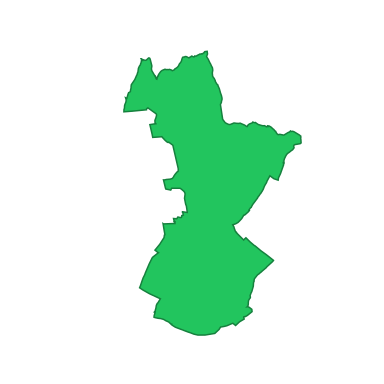 outline of Secuieni, Bacau, Romania, rotated 214°
{"feature_id": "2599482B43684925441609", "entity_name": "Secuieni", "entity_type": "district", "adm_level": 2, "iso_a3": "ROU", "parent_name": "Romania", "parent_adm1": "Bacau", "projection": "robinson", "projection_center": [27.105, 46.648], "detail": "fine", "context": "isolated", "style": "filled", "palette": "green", "viewbox_px": 384, "rotation_deg": 214, "n_neighbors": 0, "source": "geoboundaries", "source_scale": "gbopen_adm2", "svg_char_len": 5996}
<svg xmlns="http://www.w3.org/2000/svg" viewBox="0 0 384 384"><g transform="rotate(214 192 192)"><path d="M258.1,317.1L259.6,315.8L259.9,315.5L260.0,315.1L259.8,314.4L259.9,314.1L260.3,313.6L260.4,312.7L260.8,312.2L261.4,311.9L261.7,311.4L262.7,310.7L262.8,310.3L264.1,308.1L264.2,307.5L264.9,306.7L265.8,306.3L265.7,305.5L265.9,305.1L266.2,304.9L267.1,304.7L267.6,304.7L268.4,304.4L268.5,304.1L268.5,303.5L269.1,302.8L269.1,302.2L269.6,301.5L270.0,301.3L271.0,301.3L272.6,301.0L273.5,300.4L273.8,299.5L274.7,299.0L275.0,298.6L275.0,297.9L274.7,296.7L274.0,294.6L273.9,294.1L273.9,292.4L274.1,291.5L273.7,288.6L273.9,287.3L274.3,285.9L275.0,284.7L275.0,283.8L275.2,283.0L276.2,281.5L277.3,281.6L279.2,281.1L279.9,280.3L280.7,279.9L281.3,279.3L282.2,279.0L282.8,278.5L283.1,278.6L284.7,276.2L285.3,274.5L285.4,271.1L285.2,269.5L284.9,269.5L284.9,268.5L285.0,268.4L284.9,267.8L284.2,265.8L284.6,265.7L285.4,266.0L285.6,266.4L285.4,266.5L285.5,266.8L285.8,266.8L287.7,267.8L288.1,267.8L288.0,267.6L293.1,270.1L293.8,270.7L294.6,271.6L295.5,273.6L296.0,274.3L300.7,278.5L301.7,279.2L302.4,279.2L302.8,279.0L303.0,278.7L303.6,276.0L303.9,275.5L304.4,275.0L305.5,274.6L307.3,274.1L308.4,274.2L308.7,274.0L308.2,273.7L306.7,273.2L306.8,273.1L307.5,272.9L306.6,271.0L306.2,269.1L305.9,268.5L305.9,267.9L306.0,267.0L305.6,264.6L303.9,261.2L303.7,259.9L303.2,258.9L303.1,257.6L302.3,253.2L302.3,247.0L301.5,245.4L300.7,244.2L300.0,242.2L299.3,240.9L299.5,239.9L300.1,238.9L299.7,237.2L298.4,233.2L299.8,233.0L298.2,231.7L297.5,230.5L297.0,229.2L296.6,227.2L296.2,225.9L294.9,223.7L294.5,222.3L293.3,220.4L287.0,225.4L275.7,234.7L276.2,235.6L275.6,237.1L266.1,236.8L265.2,236.7L264.7,236.3L264.2,235.6L263.4,233.3L263.0,231.4L262.7,230.5L261.5,228.9L260.2,228.4L264.6,224.3L257.6,217.8L255.1,215.3L248.6,220.4L248.0,221.0L246.6,220.5L245.4,220.5L244.5,220.0L241.0,219.5L239.8,219.6L239.5,219.7L239.2,220.3L234.4,220.1L233.8,219.9L232.8,218.9L216.7,203.9L216.0,203.0L215.3,201.8L215.1,201.3L215.6,200.2L215.9,197.2L215.9,194.9L215.7,194.1L215.8,193.6L215.8,192.3L216.7,191.3L217.0,190.7L220.2,188.1L221.7,186.5L222.4,186.1L216.3,180.5L215.4,179.8L215.1,179.9L211.8,181.3L210.7,181.7L211.0,183.7L204.0,188.4L202.2,188.4L198.8,188.0L197.2,187.1L196.4,186.1L194.7,182.6L190.5,178.4L189.7,177.8L189.0,177.4L184.7,172.7L184.5,172.4L188.8,170.3L188.4,169.7L187.9,169.8L186.7,168.2L186.3,168.0L186.8,167.1L187.3,166.7L186.5,165.0L186.8,164.7L187.5,164.2L189.7,163.4L189.8,163.0L189.6,161.8L189.7,161.3L192.5,159.7L191.5,158.7L190.9,158.4L190.4,157.3L190.2,157.3L189.5,157.9L189.0,157.0L188.8,156.4L188.6,156.3L197.5,149.8L197.8,149.6L198.3,149.6L193.8,144.8L190.5,141.4L190.8,140.8L190.0,139.2L189.7,138.8L189.5,130.6L190.2,123.1L186.9,122.8L185.9,122.9L188.0,116.4L188.2,115.5L188.1,114.5L187.3,108.6L185.4,98.7L185.3,98.4L184.9,96.8L184.5,93.6L183.8,90.8L182.3,85.3L181.9,83.3L178.0,83.3L170.3,83.9L158.5,85.8L158.3,80.7L158.5,80.3L158.5,79.8L158.3,79.5L158.3,78.6L158.1,77.9L157.0,75.6L156.2,73.1L155.7,72.5L156.1,71.8L156.1,71.3L155.2,71.4L154.5,69.2L154.4,68.7L153.8,67.5L153.4,66.9L151.6,67.5L149.4,68.4L147.3,69.5L144.7,70.4L143.6,70.6L142.0,70.6L138.6,71.2L137.5,71.0L135.6,70.8L135.0,71.0L135.0,70.6L134.0,70.5L130.2,70.6L117.4,73.6L114.6,74.4L111.0,75.2L107.1,76.7L101.1,80.8L94.0,87.5L92.7,93.2L92.8,96.0L90.3,98.4L88.3,100.6L85.6,104.8L84.7,106.0L81.2,105.7L80.0,111.0L77.7,115.8L78.2,116.3L78.8,116.7L79.3,117.4L78.9,118.0L78.5,118.1L78.2,118.4L77.5,119.7L77.0,120.8L75.3,126.4L76.8,128.2L80.0,128.4L81.7,128.1L82.0,127.8L81.9,128.3L81.9,128.7L82.5,130.3L83.6,132.0L84.5,133.8L84.5,134.7L84.6,135.2L84.5,136.9L84.8,137.5L85.9,138.6L86.0,138.9L86.6,141.5L86.7,142.7L88.5,148.2L90.1,150.9L90.6,152.2L90.6,152.7L91.0,153.2L91.7,154.8L91.4,159.6L91.0,160.9L90.5,162.1L90.4,162.9L89.9,164.3L89.5,166.1L88.5,169.6L88.2,170.6L88.1,172.0L86.5,178.4L86.2,180.0L86.2,180.9L95.3,181.6L101.7,181.8L109.5,182.6L110.6,182.5L115.9,183.1L121.7,184.2L122.1,182.6L122.3,181.1L132.1,183.0L132.4,183.4L132.7,183.5L132.9,183.3L133.3,183.4L134.8,184.1L135.9,185.1L136.3,185.2L137.7,186.5L139.9,187.6L138.0,190.1L136.8,192.5L136.4,194.6L135.9,197.8L136.1,201.4L135.9,202.2L135.6,202.2L135.3,202.8L134.5,206.0L134.3,206.7L134.1,208.3L134.1,208.8L134.7,208.8L134.7,210.6L134.7,211.3L134.3,212.4L134.5,213.4L134.7,215.5L134.3,223.7L134.5,224.0L134.4,224.9L134.5,225.2L134.3,226.5L134.4,228.4L134.2,229.1L134.3,232.2L134.5,234.3L135.1,236.8L135.3,238.2L135.5,241.6L135.9,243.0L136.0,244.2L136.5,249.0L131.5,248.8L127.2,250.0L128.2,252.1L128.9,256.7L131.3,265.9L132.7,267.4L132.0,267.7L132.6,268.3L133.4,269.5L134.0,271.5L134.4,274.2L134.5,275.5L134.4,276.9L134.1,278.0L133.6,279.2L132.8,281.8L132.2,283.2L132.1,285.7L133.2,286.7L133.5,287.2L133.6,287.7L133.5,288.3L133.0,289.0L129.3,292.6L129.0,293.7L131.0,296.3L131.8,297.1L132.4,298.3L133.2,299.2L133.6,299.1L134.6,299.3L135.2,299.3L141.0,299.0L142.3,298.7L142.7,298.5L143.5,297.7L144.5,297.7L144.7,296.1L144.9,295.8L145.1,295.8L145.6,295.0L147.6,290.7L147.9,290.4L151.3,289.0L152.0,288.4L152.4,287.9L152.8,287.7L153.5,287.7L154.3,287.9L155.5,288.4L156.6,289.1L157.4,289.0L159.3,289.6L160.5,289.6L162.3,290.0L164.7,289.9L165.0,289.8L165.1,289.2L166.1,289.4L166.3,289.3L166.4,289.1L166.2,288.3L166.3,288.0L166.7,287.7L167.5,287.6L168.9,287.6L170.2,286.6L171.4,286.1L174.8,285.0L176.7,285.0L178.3,285.1L178.7,284.6L179.2,284.3L180.7,284.0L180.7,283.2L180.9,282.7L182.2,280.9L182.9,279.4L183.0,278.4L182.8,277.3L182.9,277.0L183.5,276.9L185.8,276.9L190.6,276.0L191.7,274.9L193.4,273.9L195.8,272.7L197.8,269.7L198.5,269.0L199.2,268.6L200.5,268.3L203.2,268.0L207.2,269.4L216.6,279.6L217.4,280.5L217.7,282.6L218.3,283.8L218.9,285.6L219.7,286.7L221.5,288.4L223.7,290.0L227.1,292.9L229.8,294.6L230.4,295.2L231.5,295.3L233.7,296.3L234.7,296.9L235.1,297.4L237.0,298.5L239.5,299.4L241.7,302.0L242.9,304.6L244.3,306.2L244.8,306.6L246.4,307.4L248.3,308.6L249.4,309.1L252.9,311.2L254.4,311.8L255.7,312.5L256.3,315.1L258.1,317.1Z" fill="#22c55e" stroke="#15803d" stroke-width="1.5"/></g></svg>